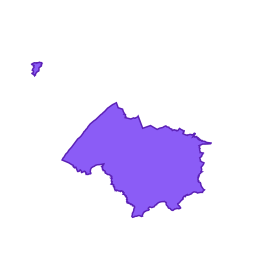 the district of Montecristi, Manabi, Ecuador, rotated 70°
{"feature_id": "8360857B99830619134812", "entity_name": "Montecristi", "entity_type": "district", "adm_level": 2, "iso_a3": "ECU", "parent_name": "Ecuador", "parent_adm1": "Manabi", "projection": "equal_earth", "projection_center": [-80.746, -1.129], "detail": "fine", "context": "isolated", "style": "filled", "palette": "violet", "viewbox_px": 256, "rotation_deg": 70, "n_neighbors": 0, "source": "geoboundaries", "source_scale": "gbopen_adm2", "svg_char_len": 5907}
<svg xmlns="http://www.w3.org/2000/svg" viewBox="0 0 256 256"><g transform="rotate(70 128 128)"><path d="M170.9,55.4L170.5,55.1L168.7,58.6L167.6,59.9L167.1,60.1L167.0,60.6L166.6,60.8L165.6,63.0L165.1,62.7L164.5,63.7L164.2,63.9L164.3,64.5L163.7,65.0L163.4,64.3L162.5,64.8L162.8,65.6L162.5,65.8L162.4,65.5L161.2,66.2L161.0,65.6L159.9,66.6L159.5,66.5L159.3,67.8L159.5,68.2L158.4,68.8L158.5,70.1L157.9,69.4L157.2,67.6L156.2,66.8L155.6,67.5L156.5,69.2L156.1,70.7L155.8,70.8L155.2,72.0L155.2,73.4L154.8,74.8L155.1,74.9L154.3,76.1L152.1,78.3L151.5,77.9L150.9,76.8L149.9,76.3L149.8,77.1L149.0,77.2L147.3,78.9L146.1,79.6L146.5,80.4L146.7,81.0L147.5,82.0L147.3,83.2L147.0,83.6L146.4,83.6L146.1,84.6L145.5,85.1L145.4,85.5L145.5,85.8L145.5,87.2L143.9,87.3L143.6,88.0L142.2,89.2L141.3,89.3L140.3,91.0L139.0,91.7L139.0,93.4L139.4,95.2L139.0,98.4L139.3,101.1L133.4,106.0L133.3,114.3L120.3,114.4L120.9,115.2L121.1,117.5L121.3,117.7L121.1,118.6L120.7,118.8L120.4,119.3L120.5,122.2L117.4,126.9L117.2,126.2L116.7,126.1L115.9,126.5L114.8,125.8L114.3,125.9L113.7,126.8L113.6,126.5L111.8,126.6L111.3,126.8L108.4,126.7L105.6,130.3L100.3,130.3L100.8,134.6L102.4,140.4L104.5,144.4L105.0,145.9L105.8,147.5L106.2,149.0L109.1,155.5L109.6,157.6L111.2,162.0L113.1,165.1L114.5,166.8L114.9,167.9L115.9,169.3L116.4,170.6L117.6,172.0L119.5,174.8L120.3,176.5L121.1,179.0L126.7,187.5L128.7,191.3L130.2,193.1L131.2,195.4L133.6,198.3L133.9,199.1L135.5,200.9L140.5,195.5L143.6,193.1L144.4,192.2L144.7,192.2L145.4,192.7L146.2,192.3L146.5,192.2L146.6,191.6L147.2,191.6L147.1,190.4L151.6,190.2L151.8,190.0L151.9,188.6L151.2,187.9L151.1,187.5L151.2,187.0L152.1,186.9L152.7,186.5L153.5,186.9L154.0,186.8L154.0,185.3L153.7,184.8L153.7,183.7L154.2,183.2L154.5,183.3L154.6,183.0L155.6,183.0L156.1,182.9L156.2,182.7L156.6,183.2L157.1,183.0L157.3,183.1L157.5,182.6L158.0,181.4L157.8,180.7L158.2,178.9L158.1,178.5L157.3,178.3L156.3,178.5L154.0,177.3L152.9,176.0L152.5,174.4L152.4,172.6L152.0,171.5L152.0,169.6L153.0,166.1L153.4,163.1L153.7,163.4L153.8,163.8L154.2,163.6L154.6,164.9L155.0,165.1L155.3,165.9L155.9,165.3L156.1,165.7L156.8,165.6L157.7,166.1L158.1,166.0L158.6,165.5L158.8,165.6L158.8,165.9L159.5,165.9L160.1,164.6L160.8,164.4L161.0,164.5L161.3,164.3L162.0,164.8L162.7,164.7L163.3,163.8L164.2,163.5L164.9,162.8L165.5,161.3L166.1,161.0L167.1,160.9L167.3,160.7L167.3,160.2L167.7,159.9L168.3,159.9L169.1,160.4L169.5,160.3L169.3,161.2L170.1,160.8L172.2,161.8L172.6,161.5L173.0,161.7L173.2,161.3L174.2,162.1L174.6,161.8L175.1,161.8L175.2,162.0L174.8,162.9L174.9,163.1L175.5,162.4L175.7,161.6L176.0,161.4L176.3,161.5L176.6,161.0L177.5,161.4L178.2,161.1L178.3,161.6L178.6,161.5L179.0,160.9L180.4,161.5L181.1,161.4L181.5,161.5L182.0,161.2L182.4,161.3L182.4,160.3L183.0,160.3L182.9,159.6L183.0,159.1L183.7,158.6L184.3,157.7L184.6,156.5L184.9,157.0L185.1,156.9L184.8,155.9L186.0,154.4L186.9,154.9L187.1,154.5L187.4,154.5L187.6,154.0L188.5,154.5L188.4,154.9L188.6,155.2L189.1,154.3L189.8,154.0L190.2,153.6L190.6,153.8L191.3,152.9L191.8,153.0L192.0,153.5L193.1,152.8L193.6,152.9L194.4,153.6L194.9,153.3L195.0,153.8L196.4,153.8L196.7,154.3L197.0,154.1L197.3,154.4L197.6,154.3L197.7,153.8L198.2,154.2L198.7,153.5L198.4,153.3L198.5,153.0L198.8,152.9L199.2,152.5L199.3,152.7L199.5,152.6L199.8,152.2L200.3,151.3L200.8,151.5L201.0,150.8L201.6,150.1L201.9,150.4L202.6,150.4L202.9,150.0L202.9,149.5L203.2,149.4L203.5,148.9L203.9,148.7L204.7,149.1L205.2,149.1L205.5,149.7L206.5,150.4L207.3,150.7L208.3,151.5L209.2,152.4L209.6,153.0L211.0,153.6L212.3,154.6L213.5,154.2L213.6,152.7L213.4,151.7L213.9,149.9L213.8,148.6L213.9,148.0L214.1,147.4L214.9,146.4L215.7,145.7L215.8,144.5L215.1,144.4L214.3,143.9L213.9,143.3L213.1,142.7L212.8,141.8L212.2,141.3L212.3,140.2L212.0,139.0L212.3,136.9L212.0,136.1L211.7,136.0L211.0,136.4L210.4,136.4L210.1,136.1L209.6,134.7L210.1,133.8L210.9,132.9L210.9,131.3L211.0,130.5L209.8,128.7L209.8,127.3L209.2,126.9L208.8,125.6L208.5,124.1L208.6,122.4L208.9,120.9L209.3,120.0L209.4,118.9L210.7,118.1L210.8,117.8L211.5,117.6L212.4,118.2L213.7,118.2L215.4,117.4L216.5,117.5L217.3,117.1L218.1,115.9L219.2,115.6L220.4,114.8L220.8,113.9L220.1,111.8L220.4,110.6L220.2,109.8L220.6,109.1L220.9,108.2L221.3,107.9L221.3,106.5L221.1,105.9L220.9,105.9L218.8,106.4L218.3,107.0L216.4,107.3L216.1,107.1L215.9,105.5L214.2,102.6L213.7,100.7L213.4,100.4L212.8,100.7L212.5,100.5L211.3,98.7L211.6,98.1L212.1,97.8L211.6,97.0L211.2,97.1L210.9,95.9L210.9,95.3L211.3,95.5L211.6,94.8L211.7,93.3L211.6,92.0L211.5,91.6L211.6,91.1L211.4,90.5L210.8,89.6L210.6,87.8L211.9,85.5L212.8,85.1L213.2,82.3L213.9,80.2L213.6,80.2L213.5,79.7L213.2,79.4L212.3,77.3L211.4,78.1L207.9,79.0L205.8,78.9L205.4,78.7L204.6,78.9L204.1,78.7L203.6,79.1L202.9,80.1L202.5,80.0L202.0,80.2L201.8,79.6L200.7,79.9L199.9,79.8L197.7,77.9L197.7,78.5L197.3,78.1L197.1,78.2L196.7,77.4L196.0,77.1L195.3,75.3L194.7,74.5L194.5,73.4L193.9,74.3L193.2,73.6L192.3,73.0L189.8,72.6L188.7,70.6L187.5,69.1L186.7,68.5L185.2,70.2L184.2,70.8L183.8,71.3L182.8,70.9L180.5,70.8L180.0,68.7L179.5,68.6L179.4,68.2L178.8,67.9L178.3,66.9L177.6,66.5L177.3,65.8L177.0,66.0L176.9,66.9L176.1,67.6L175.8,68.6L175.0,68.3L173.8,68.3L172.5,68.0L171.8,67.3L171.0,67.8L169.9,67.0L169.7,67.2L169.2,66.9L168.9,67.1L168.8,65.1L168.6,63.5L170.0,59.4L171.0,55.9L170.9,55.4ZM38.0,187.2L37.1,186.8L36.7,187.6L36.1,188.7L35.9,188.8L36.0,189.3L35.7,190.9L35.9,191.5L35.4,191.7L35.3,192.4L34.7,193.6L34.7,194.8L35.1,196.7L35.6,196.6L37.0,195.0L37.5,195.7L38.2,195.4L38.7,195.5L39.2,196.0L39.5,196.8L40.7,197.8L40.9,198.2L41.2,198.1L41.4,197.7L41.9,197.4L43.0,197.6L43.6,198.3L43.7,198.9L43.7,199.4L43.9,199.6L44.8,199.0L45.2,198.5L45.7,198.1L46.2,198.2L46.5,197.7L46.9,197.8L46.5,196.8L46.1,196.7L45.2,196.1L44.7,195.1L44.5,194.6L44.1,194.3L43.8,193.7L44.0,193.0L43.9,192.4L43.2,191.9L41.2,191.2L40.8,190.7L40.6,189.7L40.2,189.0L40.2,188.4L39.9,188.0L38.9,188.0L38.3,186.9L38.0,187.2Z" fill="#8b5cf6" stroke="#5b21b6" stroke-width="1.5"/></g></svg>